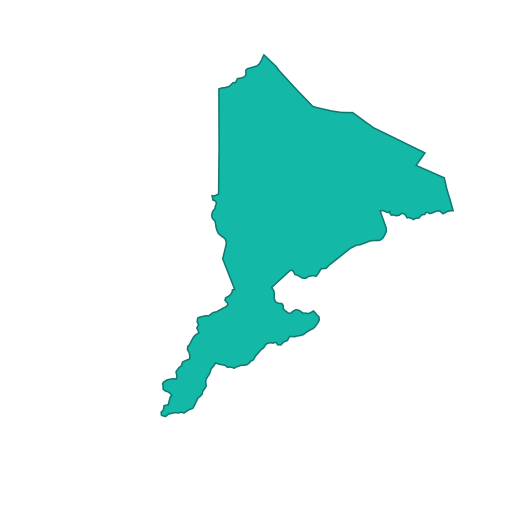 Vitorino Freire, Maranhão, Brazil, rotated 217°
{"feature_id": "56859067B11407876745319", "entity_name": "Vitorino Freire", "entity_type": "district", "adm_level": 2, "iso_a3": "BRA", "parent_name": "Brazil", "parent_adm1": "Maranhão", "projection": "orthographic", "projection_center": [-45.344, -4.155], "detail": "fine", "context": "isolated", "style": "filled", "palette": "teal", "viewbox_px": 512, "rotation_deg": 217, "n_neighbors": 0, "source": "geoboundaries", "source_scale": "gbopen_adm2", "svg_char_len": 3801}
<svg xmlns="http://www.w3.org/2000/svg" viewBox="0 0 512 512"><g transform="rotate(217 256 256)"><path d="M180.0,327.1L176.0,333.3L174.3,336.2L171.8,338.8L167.5,342.1L166.2,343.7L165.5,346.6L165.6,348.7L166.6,354.0L169.1,356.9L184.0,366.7L181.9,368.7L179.5,369.3L176.7,370.0L175.9,372.1L174.6,370.6L172.5,370.0L170.5,371.8L168.4,372.4L166.2,374.6L165.1,378.0L162.4,378.9L160.0,378.1L158.3,377.4L156.7,378.9L154.2,379.7L152.3,379.7L151.0,382.5L148.7,384.4L148.6,387.0L148.1,389.0L146.2,390.7L146.5,392.7L145.3,394.1L142.6,394.5L140.5,397.5L138.7,400.7L136.1,402.6L132.2,402.2L131.2,403.9L130.1,406.5L128.1,409.0L125.8,410.8L136.7,419.1L139.3,420.9L144.4,424.7L152.6,431.7L182.6,424.7L183.1,440.0L239.7,429.1L242.7,429.1L249.5,428.9L265.2,428.7L267.5,426.9L274.4,421.9L283.3,417.1L295.0,411.9L300.4,409.6L321.6,412.9L326.6,413.8L328.4,414.1L348.9,417.9L353.6,419.4L370.7,421.4L370.3,418.8L369.4,415.8L369.0,411.4L369.6,408.5L372.1,405.0L373.6,403.0L375.3,400.8L376.0,398.9L375.1,396.9L373.2,395.2L373.0,392.3L374.3,390.2L375.5,388.6L377.6,386.5L377.1,384.6L376.8,382.1L378.7,380.5L378.9,378.6L379.4,375.4L381.1,373.1L382.7,371.2L384.4,369.7L386.2,367.1L354.5,325.3L350.4,319.9L323.2,283.0L325.4,278.9L327.4,277.7L324.0,274.7L322.0,275.5L319.9,274.9L318.8,272.9L318.4,271.0L317.3,269.4L317.5,266.4L317.0,264.1L315.7,261.6L313.5,259.8L309.7,259.1L307.4,257.2L305.2,254.9L302.5,252.9L299.6,251.3L296.6,251.1L294.5,251.1L291.1,251.2L288.6,249.5L287.3,248.1L285.9,245.3L280.9,233.7L252.9,216.5L254.5,214.8L253.4,212.9L253.1,209.7L253.9,206.9L255.1,204.4L254.2,202.0L252.4,201.5L250.3,201.4L249.0,199.8L249.7,196.9L251.2,194.1L252.0,191.7L253.1,190.0L253.6,188.1L256.2,185.1L257.1,182.4L257.7,179.8L259.9,178.3L261.8,176.2L263.8,173.8L265.2,171.7L264.5,169.9L263.2,167.8L260.5,166.7L260.0,162.9L257.9,161.9L255.3,160.1L256.2,158.1L256.9,156.3L257.1,153.4L256.8,151.2L256.2,147.5L255.6,145.0L256.2,142.9L254.4,139.9L251.2,138.6L248.8,136.4L247.0,133.9L249.4,130.0L250.9,127.0L249.5,123.5L250.3,120.5L250.3,118.5L250.3,115.6L248.8,114.1L246.5,112.1L245.8,109.5L248.0,108.4L250.4,106.0L252.7,103.2L254.0,99.5L253.6,97.6L251.6,95.9L250.1,93.7L247.4,93.6L244.6,94.5L242.3,94.7L239.1,93.8L239.7,91.5L238.6,89.3L237.8,87.2L236.6,84.4L239.4,81.2L238.3,79.3L237.3,77.1L237.8,74.2L235.8,72.0L233.9,72.4L231.5,73.5L230.7,77.3L229.2,78.7L228.0,80.5L225.8,82.6L223.6,83.8L221.4,86.5L219.0,87.2L217.5,91.8L216.4,93.9L214.8,96.3L215.1,99.0L215.7,101.9L216.2,104.6L216.9,107.2L216.1,110.4L215.9,113.5L217.1,115.8L217.1,119.5L217.5,122.1L219.0,123.8L220.4,125.2L221.6,127.5L222.0,130.7L222.2,133.9L223.0,136.4L223.9,138.7L223.8,140.7L223.6,142.6L223.8,146.4L221.6,146.9L218.9,148.0L216.5,149.4L214.3,150.1L212.0,149.9L209.2,152.2L205.8,153.3L205.3,155.1L204.1,156.6L202.6,159.2L200.0,161.4L197.8,163.7L197.0,166.5L196.9,168.7L195.8,170.8L195.7,173.2L196.2,175.4L195.9,178.9L195.6,183.9L194.8,186.7L194.6,188.8L195.0,191.5L193.7,193.8L192.2,195.5L190.1,196.5L189.0,198.2L187.4,199.1L185.4,198.1L182.6,199.9L182.3,203.8L180.0,207.5L180.5,209.9L180.5,212.2L178.2,213.7L176.5,214.8L175.3,216.5L173.1,218.8L170.9,221.6L169.6,226.2L168.1,229.8L166.7,232.3L166.2,235.3L166.5,241.0L167.0,243.0L169.1,245.3L172.1,245.6L174.6,246.4L177.2,246.6L178.3,243.5L179.6,241.5L182.0,240.3L183.9,238.7L188.3,238.6L190.6,237.9L192.2,236.6L193.4,233.5L193.9,231.0L195.7,229.9L197.9,229.9L200.0,229.9L202.5,230.3L204.5,232.9L206.7,233.6L209.9,231.6L212.9,231.2L215.1,232.5L216.9,234.2L217.9,235.9L219.1,237.4L220.9,239.0L224.6,240.3L220.1,264.7L218.9,266.3L216.2,266.0L213.9,264.6L211.3,265.6L205.5,266.3L202.8,268.2L201.6,271.5L198.3,275.0L195.8,275.8L195.7,278.9L196.0,282.1L196.4,284.6L195.1,286.1L192.7,288.1L192.2,290.7L192.2,292.5L191.6,294.4L185.3,318.9L181.8,325.8L180.0,327.1Z" fill="#14b8a6" stroke="#0f766e" stroke-width="1.5"/></g></svg>